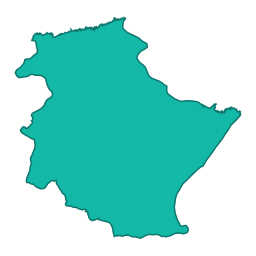 Hoon, Oudômxai, Laos
{"feature_id": "54806243B15680017307326", "entity_name": "Hoon", "entity_type": "district", "adm_level": 2, "iso_a3": "LAO", "parent_name": "Laos", "parent_adm1": "Oudômxai", "projection": "albers", "projection_center": [101.419, 20.096], "detail": "fine", "context": "isolated", "style": "filled", "palette": "teal", "viewbox_px": 256, "rotation_deg": 0, "n_neighbors": 0, "source": "geoboundaries", "source_scale": "gbopen_adm2", "svg_char_len": 5614}
<svg xmlns="http://www.w3.org/2000/svg" viewBox="0 0 256 256"><path d="M125.5,18.6L124.9,18.0L124.7,19.2L124.1,19.0L123.6,19.4L123.0,17.9L122.7,18.4L121.4,18.3L120.7,19.0L120.5,19.7L120.2,19.7L120.1,19.1L119.7,19.1L119.3,19.8L118.7,19.6L118.3,20.1L118.1,20.0L118.1,19.2L117.7,19.0L117.0,20.1L116.1,20.1L115.9,19.8L116.3,19.4L116.2,19.0L115.2,19.0L115.0,18.1L114.3,17.8L114.0,18.5L114.3,19.5L113.7,20.2L113.9,20.7L113.3,20.4L112.3,21.2L111.6,22.5L110.1,22.3L109.4,22.8L109.1,22.4L108.0,23.8L107.7,23.6L107.3,24.0L107.2,23.7L107.7,23.4L107.2,23.2L106.8,23.5L106.7,24.2L106.0,24.1L105.1,24.5L104.3,24.2L104.1,25.3L103.3,25.0L102.6,25.7L102.1,25.4L102.5,24.7L102.3,24.3L101.3,24.1L100.1,24.9L99.0,26.2L98.8,26.6L99.2,26.9L99.0,27.3L98.3,27.3L98.1,27.9L97.4,28.0L96.9,28.6L96.3,28.4L96.2,28.0L96.9,27.2L96.5,26.7L95.8,27.4L95.0,27.0L95.0,28.0L94.3,27.6L94.2,27.8L94.4,28.3L94.1,28.4L93.4,28.0L93.2,28.2L93.3,28.6L94.8,29.6L94.1,30.4L93.5,29.4L92.6,29.0L92.8,28.3L91.9,28.3L91.5,27.6L91.0,28.3L91.5,29.3L91.3,29.4L90.5,28.6L90.5,27.9L90.1,27.5L89.6,27.4L89.4,27.8L88.8,27.8L88.5,28.5L88.0,28.8L87.4,27.8L86.3,27.9L86.4,27.5L86.0,27.0L85.7,27.5L86.0,28.3L85.7,28.5L85.6,29.8L84.9,29.8L85.1,29.3L84.8,29.0L84.2,29.6L82.5,29.2L81.9,29.5L81.9,30.2L81.5,30.6L80.7,29.1L80.1,28.9L79.9,29.8L79.5,29.7L79.6,29.2L79.3,29.0L78.7,29.7L78.6,30.4L77.8,30.0L77.3,31.1L76.9,31.0L76.7,30.3L76.0,30.0L76.1,31.0L74.6,30.4L74.6,31.1L74.3,31.2L72.2,30.8L71.2,29.7L71.4,30.7L70.6,31.8L69.4,31.3L66.9,33.0L65.2,32.5L63.6,33.8L60.9,33.6L60.1,34.4L60.2,34.7L60.8,34.7L60.8,35.0L60.3,35.1L59.5,34.5L55.8,36.7L53.3,37.5L52.9,36.4L52.8,34.3L52.4,34.0L51.8,34.2L51.9,33.6L51.4,33.0L51.0,33.3L51.2,33.6L50.7,34.4L50.1,33.4L49.8,33.3L49.3,33.7L47.8,33.6L47.1,32.7L45.6,34.3L44.1,34.5L43.1,35.5L42.0,35.1L41.1,33.8L39.8,34.2L40.0,33.2L39.7,33.1L38.7,34.0L37.4,33.2L37.2,34.5L36.1,33.5L34.5,34.5L33.1,36.6L33.6,37.5L32.5,38.6L31.9,40.5L33.3,40.7L34.3,40.5L35.1,40.8L35.9,42.3L37.0,48.6L37.5,49.7L37.0,53.1L32.7,56.3L31.1,58.2L28.8,59.0L26.1,59.1L24.8,59.8L24.5,61.5L23.7,63.4L20.8,67.1L16.7,69.9L15.4,72.4L15.8,74.0L17.2,76.3L19.1,77.6L26.9,76.5L28.6,75.9L30.0,74.7L32.5,74.3L35.4,75.3L40.3,75.3L42.6,76.2L45.2,78.1L46.0,79.5L46.2,81.5L47.7,86.2L49.5,89.5L51.4,91.4L52.3,92.9L52.5,95.3L50.2,97.9L47.8,99.1L46.8,100.1L45.0,103.1L44.7,104.3L43.7,106.1L40.7,109.0L33.1,112.9L32.1,113.7L31.5,114.9L31.5,115.5L31.8,115.9L31.8,116.5L32.7,117.0L32.8,118.6L32.3,120.1L31.5,120.8L32.0,121.1L32.5,122.6L31.9,123.8L30.5,125.0L30.2,125.0L30.1,126.3L28.2,127.1L27.9,128.1L26.5,128.7L26.1,128.2L25.4,128.1L25.5,127.5L23.7,126.7L22.2,127.5L21.9,128.5L21.1,129.1L21.1,129.8L20.6,129.9L20.8,131.3L22.2,133.0L25.9,135.3L28.4,136.5L29.9,137.7L34.4,139.8L35.2,145.7L34.5,148.8L32.2,154.6L30.5,158.2L30.7,160.6L31.4,163.2L29.9,168.3L30.1,170.0L26.7,178.3L26.4,181.5L27.0,182.6L29.2,182.6L30.7,183.8L33.4,184.3L36.6,187.2L38.2,187.6L38.9,188.3L41.8,188.9L45.0,187.9L47.8,183.6L49.9,182.1L51.0,180.8L51.7,180.6L54.1,181.1L55.4,180.4L56.3,180.3L56.5,180.7L56.2,182.2L56.7,184.1L57.5,184.9L58.9,187.2L59.7,189.1L60.7,189.9L61.2,191.0L61.9,191.6L62.0,192.7L64.4,194.7L65.6,196.9L65.7,199.7L67.1,201.3L66.0,202.7L65.6,203.6L65.5,204.4L66.0,205.4L67.2,205.9L68.2,205.8L71.1,206.3L73.4,207.2L76.4,207.5L77.3,207.8L77.9,208.5L81.7,209.7L83.1,209.7L83.7,209.2L86.1,209.8L86.2,211.1L85.7,211.5L86.2,211.8L87.3,211.3L87.9,212.2L88.1,212.6L87.7,213.1L87.9,214.7L88.8,215.5L88.6,216.7L88.9,217.5L90.1,219.5L91.0,219.8L91.7,220.6L92.7,220.5L93.5,219.7L94.0,220.2L95.1,219.9L98.6,218.3L98.6,219.4L99.1,219.8L108.2,222.1L109.9,223.0L111.2,224.7L112.7,228.5L113.1,231.7L114.3,236.5L115.8,235.9L117.3,235.9L117.9,235.4L119.3,235.7L120.7,235.5L121.6,236.1L122.4,236.2L125.7,235.2L127.3,235.2L128.5,235.3L132.6,236.8L135.6,236.9L140.5,238.2L145.5,235.6L149.0,234.4L153.7,234.7L156.6,234.4L158.9,234.8L161.4,236.4L164.5,236.4L165.7,236.8L170.1,235.8L174.9,233.5L176.8,233.1L180.1,233.1L183.5,233.8L185.2,233.3L186.5,232.8L187.7,231.8L188.3,229.6L187.9,229.0L188.0,227.9L187.6,227.7L186.4,225.8L185.9,225.6L185.2,225.5L182.2,226.2L181.1,225.9L180.0,225.2L179.7,224.0L177.2,219.7L175.1,213.1L174.3,207.2L175.4,198.9L176.8,193.9L178.8,190.9L182.6,184.1L196.7,170.3L201.0,166.7L202.8,166.3L206.7,159.8L212.7,151.8L215.6,147.4L222.0,139.2L224.9,134.5L227.9,130.3L230.9,125.2L236.8,119.4L240.4,115.2L239.8,114.6L240.6,113.7L240.0,113.1L240.2,111.6L239.6,111.1L238.9,111.7L237.1,111.7L236.9,111.3L237.0,110.2L236.3,109.8L236.1,109.2L235.1,109.4L234.6,108.2L232.6,108.4L231.8,107.3L231.4,107.2L229.9,107.9L231.0,108.3L230.6,109.5L230.3,109.5L229.1,108.9L228.7,109.0L228.1,108.5L226.9,108.9L225.8,108.9L225.9,110.6L225.5,110.8L224.6,110.3L224.5,110.8L224.9,112.6L224.5,112.7L223.4,112.0L222.3,113.1L221.8,113.0L221.2,112.7L222.3,112.2L222.1,111.0L221.2,111.1L220.4,112.4L219.4,111.8L218.6,111.8L218.1,111.0L217.0,110.8L217.6,112.0L215.7,111.1L214.4,109.5L214.3,108.2L215.1,108.0L215.3,107.6L214.7,106.3L215.4,105.5L215.4,104.8L215.9,104.5L216.1,104.1L215.8,104.0L215.0,104.3L214.4,104.1L213.5,105.2L209.9,108.4L208.5,107.7L207.5,107.6L205.3,106.1L203.2,106.8L203.1,106.4L203.9,105.6L203.8,105.4L203.4,105.5L201.7,104.3L200.7,104.2L198.5,102.2L194.6,101.3L190.4,100.8L186.2,100.8L181.2,101.4L180.2,101.2L174.8,98.9L170.0,95.5L167.6,93.5L166.6,90.6L166.8,86.1L164.4,84.9L162.0,82.8L159.1,81.1L152.8,78.7L149.9,76.9L148.7,75.5L145.4,67.3L143.5,65.3L140.2,62.9L137.3,59.2L136.8,57.3L137.8,55.0L139.2,53.0L141.0,51.1L145.0,48.9L147.2,47.3L147.3,45.5L146.7,43.6L142.1,41.0L138.6,37.9L127.2,32.4L123.2,28.8L122.8,27.6L122.9,24.0L123.5,21.3L125.5,18.6Z" fill="#14b8a6" stroke="#0f766e" stroke-width="1.5"/></svg>